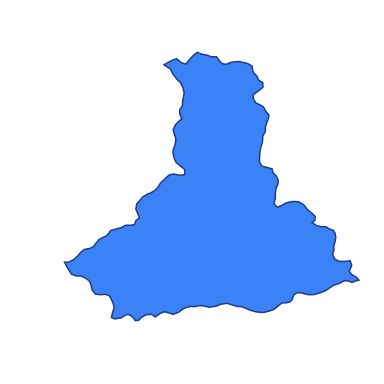 Mendes Pimentel, Minas Gerais, Brazil (Mercator projection), rotated 346°
{"feature_id": "56859067B15829263431037", "entity_name": "Mendes Pimentel", "entity_type": "district", "adm_level": 2, "iso_a3": "BRA", "parent_name": "Brazil", "parent_adm1": "Minas Gerais", "projection": "mercator", "projection_center": [-41.353, -18.606], "detail": "fine", "context": "isolated", "style": "filled", "palette": "blue", "viewbox_px": 384, "rotation_deg": 346, "n_neighbors": 0, "source": "geoboundaries", "source_scale": "gbopen_adm2", "svg_char_len": 2817}
<svg xmlns="http://www.w3.org/2000/svg" viewBox="0 0 384 384"><g transform="rotate(346 192 192)"><path d="M332.7,317.9L330.6,314.1L326.8,310.5L325.5,306.7L329.2,302.0L328.9,297.0L323.8,296.4L320.3,295.6L317.2,294.3L314.1,291.4L313.4,286.4L315.8,282.5L316.3,279.0L318.8,274.9L320.5,270.8L320.9,266.5L319.7,263.2L316.5,261.3L313.7,258.2L309.4,257.1L304.9,254.8L301.1,250.9L304.3,249.3L305.7,245.6L303.2,241.6L299.8,237.1L297.4,231.6L293.4,227.5L288.7,225.8L283.6,225.3L279.9,225.5L275.8,226.7L271.2,227.4L268.6,223.1L271.3,218.5L272.7,213.0L274.8,208.2L277.1,205.5L278.5,201.7L277.7,196.9L275.3,193.3L275.3,189.0L270.9,186.4L266.2,183.9L264.7,179.5L265.9,174.9L267.6,169.7L269.5,165.5L272.4,160.7L274.4,154.4L277.7,151.2L279.1,146.4L281.4,142.6L283.6,139.7L285.3,136.1L283.2,131.6L281.8,126.5L278.5,123.4L275.7,121.2L274.3,117.1L274.4,112.7L278.2,111.0L282.0,109.6L286.2,107.5L287.1,102.9L283.8,99.8L282.9,95.1L280.2,90.3L280.8,84.4L277.0,80.8L273.3,78.8L269.3,76.9L265.1,76.0L260.4,75.6L255.9,76.4L252.2,74.6L250.4,71.7L248.6,66.8L243.2,65.4L240.3,63.2L234.8,60.6L231.0,57.8L227.7,59.1L224.5,61.0L220.8,63.5L217.0,66.4L212.8,63.9L209.4,59.0L205.6,59.3L201.1,60.2L195.6,61.8L198.2,64.7L200.9,67.6L201.9,72.5L204.3,78.3L207.4,83.4L208.4,89.0L208.4,93.9L207.0,97.2L205.3,100.4L203.4,106.2L200.0,109.2L199.0,113.3L200.0,118.4L195.4,120.7L192.0,122.9L188.7,127.3L188.9,132.6L189.3,136.1L187.3,141.5L184.0,146.4L182.9,150.0L182.9,155.2L183.7,159.4L186.6,163.4L190.3,168.2L189.3,173.4L184.2,172.8L178.6,170.1L174.4,169.9L171.3,171.3L168.1,173.2L163.8,175.5L159.9,179.3L156.1,181.6L151.9,182.8L147.9,183.3L142.6,185.1L138.5,188.2L135.4,190.2L133.4,195.0L134.1,199.8L134.8,204.2L130.5,206.3L128.3,209.8L124.3,209.4L119.4,208.2L115.0,209.4L108.7,209.6L103.7,209.7L101.0,212.1L97.9,214.0L94.2,214.6L90.2,215.7L86.2,218.7L82.8,221.4L79.0,222.0L73.7,221.7L69.3,223.7L65.9,226.2L61.5,228.7L55.7,230.2L51.3,229.3L52.8,235.2L55.0,242.3L59.2,245.4L63.9,246.6L68.0,250.0L71.1,253.8L71.5,258.7L71.5,263.4L73.7,267.8L78.3,269.5L83.1,270.3L86.8,272.8L87.8,276.9L88.6,281.4L88.4,285.8L85.8,289.6L83.5,294.2L86.5,296.5L92.9,297.0L98.7,295.0L102.0,296.3L104.6,299.6L105.8,303.1L109.1,303.6L112.6,301.5L117.6,300.0L123.2,300.9L126.3,304.4L131.2,302.3L136.0,301.4L140.1,303.6L144.0,306.1L149.9,305.5L153.1,304.0L157.7,302.6L163.0,302.7L167.3,304.0L171.9,304.0L176.0,305.5L181.1,308.0L187.8,308.6L192.7,307.9L198.8,308.4L204.0,311.4L208.2,314.0L212.5,315.3L216.3,318.0L220.3,321.1L226.3,324.3L232.3,326.2L237.9,326.2L242.9,325.8L247.9,323.4L252.6,321.4L256.4,322.3L260.3,322.4L263.3,320.5L265.5,316.7L269.8,315.1L274.5,316.7L279.8,319.7L285.4,321.1L292.7,320.7L298.3,319.9L302.7,318.2L306.3,316.8L310.1,316.6L314.1,316.1L318.1,314.9L322.1,316.2L325.5,318.5L329.1,317.8L332.7,317.9Z" fill="#3b82f6" stroke="#1e3a8a" stroke-width="1.5"/></g></svg>